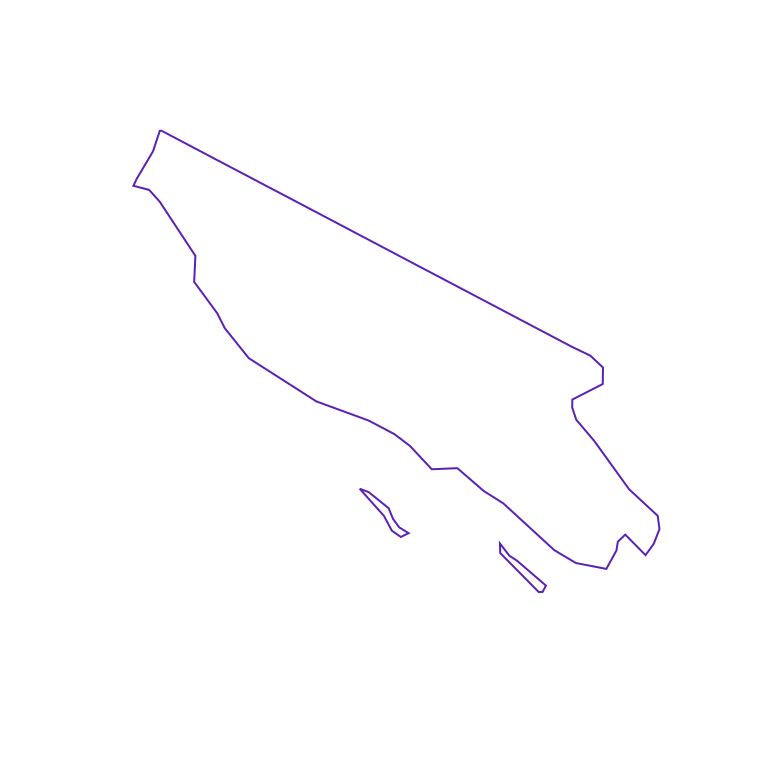 Belize, Equal Earth projection, rotated 116°
{"feature_id": "BLZ", "entity_name": "Belize", "entity_type": "country or territory", "adm_level": 0, "iso_a3": "BLZ", "parent_name": "North America", "parent_adm1": "", "projection": "equal_earth", "projection_center": [-88.465, 17.185], "detail": "fine", "context": "isolated", "style": "outline", "palette": "violet", "viewbox_px": 768, "rotation_deg": 116, "n_neighbors": 0, "source": "natural_earth", "source_scale": "50m", "svg_char_len": 944}
<svg xmlns="http://www.w3.org/2000/svg" viewBox="0 0 768 768"><g transform="rotate(116 384 384)"><path d="M268.2,231.9L268.1,210.9L273.2,194.4L288.1,187.4L307.4,201.9L315.4,207.9L322.7,204.5L331.8,195.6L343.0,170.1L371.2,117.5L382.5,80.2L393.6,72.8L409.4,71.5L423.2,73.9L413.6,101.1L423.2,104.7L431.8,102.1L452.7,103.1L460.8,133.0L458.7,158.1L439.0,224.4L436.5,247.2L427.5,281.2L439.7,303.7L428.3,333.5L424.5,352.8L423.6,381.8L429.3,437.1L420.1,516.7L403.7,551.5L393.6,564.8L375.4,599.4L351.5,609.7L318.4,665.6L312.5,680.2L315.7,696.1L308.0,696.2L276.2,693.6L254.8,696.5L253.9,695.1L255.8,635.1L258.6,542.2L260.7,474.2L262.8,407.7L264.3,357.9L266.4,290.3L268.2,231.9ZM485.0,205.4L476.5,209.9L483.4,196.0L484.5,187.1L494.2,150.1L501.3,150.3L503.2,153.6L485.0,205.4ZM502.6,326.2L488.8,359.9L487.9,350.3L493.6,325.4L501.4,316.6L506.2,307.4L507.3,296.5L514.1,301.8L512.4,312.6L502.6,326.2Z" fill="none" stroke="#5b21b6" stroke-width="2"/></g></svg>